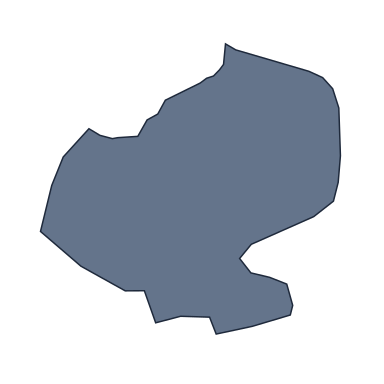 the border of Vilakas, rotated 354°
{"feature_id": "LVA-5742", "entity_name": "Vilakas", "entity_type": "Municipality", "adm_level": 1, "iso_a3": "LVA", "parent_name": "Latvia", "parent_adm1": "", "projection": "equal_earth", "projection_center": [27.651, 57.187], "detail": "fine", "context": "isolated", "style": "filled", "palette": "slate", "viewbox_px": 384, "rotation_deg": 354, "n_neighbors": 0, "source": "natural_earth", "source_scale": "10m", "svg_char_len": 659}
<svg xmlns="http://www.w3.org/2000/svg" viewBox="0 0 384 384"><g transform="rotate(354 192 192)"><path d="M240.8,48.2L250.3,55.2L320.9,84.2L333.9,91.9L342.7,104.0L346.8,123.8L343.4,171.5L338.4,197.7L331.7,215.9L310.5,229.2L245.5,250.2L232.4,263.1L242.1,278.6L260.3,285.0L276.6,293.5L280.3,315.3L276.9,324.6L237.9,331.9L201.2,335.8L196.4,318.3L167.7,314.4L142.2,318.3L134.3,285.2L115.2,283.3L73.8,254.2L37.2,215.4L53.2,170.8L67.6,143.7L96.1,118.3L106.3,126.0L118.4,130.6L123.9,130.2L143.9,131.0L154.9,115.6L166.1,110.9L175.1,97.9L211.5,84.5L218.4,80.4L225.5,78.9L232.1,73.4L236.7,68.4L240.8,48.2Z" fill="#64748b" stroke="#1e293b" stroke-width="1.5"/></g></svg>